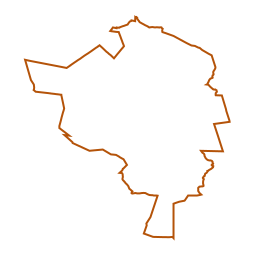 outline of Santo Domingo Zanatepec, Oaxaca, Mexico, rotated 89°
{"feature_id": "50627088B83008537786296", "entity_name": "Santo Domingo Zanatepec", "entity_type": "district", "adm_level": 2, "iso_a3": "MEX", "parent_name": "Mexico", "parent_adm1": "Oaxaca", "projection": "orthographic", "projection_center": [-94.338, 16.44], "detail": "fine", "context": "isolated", "style": "outline", "palette": "amber", "viewbox_px": 256, "rotation_deg": 89, "n_neighbors": 0, "source": "geoboundaries", "source_scale": "gbopen_adm2", "svg_char_len": 5428}
<svg xmlns="http://www.w3.org/2000/svg" viewBox="0 0 256 256"><g transform="rotate(89 128 128)"><path d="M237.3,104.8L237.7,95.3L237.9,88.7L237.7,85.5L238.9,84.4L204.5,83.8L204.3,83.2L203.6,81.2L202.6,78.0L201.7,72.9L201.6,72.7L201.3,72.4L196.6,69.1L196.7,60.1L196.2,57.1L195.9,55.9L194.2,57.7L193.9,57.9L193.3,58.2L192.7,58.7L192.1,58.9L191.5,58.9L191.3,58.8L190.0,58.9L189.0,58.8L188.8,58.6L188.4,58.1L187.9,57.6L187.7,55.7L187.7,54.6L187.6,54.2L187.4,53.6L187.2,53.5L186.6,53.5L184.9,53.9L183.8,53.9L182.5,53.8L181.3,53.5L180.6,53.1L180.2,53.2L180.0,53.4L179.8,53.6L179.7,53.8L179.4,54.0L179.0,54.0L178.6,53.7L178.1,53.3L177.6,53.0L177.6,52.6L177.2,52.1L176.4,52.0L175.0,51.6L174.8,51.3L174.6,50.9L174.3,50.3L173.9,50.0L173.3,49.5L172.9,49.4L172.3,49.4L172.2,48.5L171.6,48.0L170.2,45.4L169.6,44.7L168.8,43.7L167.7,43.4L167.6,43.6L167.3,43.7L167.1,44.0L167.2,44.4L167.0,44.7L166.6,45.0L166.4,45.0L166.0,44.6L165.9,44.3L165.8,44.1L165.6,43.8L165.3,43.6L165.0,43.5L164.8,43.7L164.4,44.0L163.9,44.1L163.4,44.0L163.2,44.1L162.7,44.4L162.3,44.8L162.1,45.4L161.9,45.8L161.8,46.4L161.9,47.2L161.6,48.1L161.5,48.6L161.2,49.0L160.7,49.8L160.0,50.4L159.3,51.0L158.2,51.5L157.2,52.0L156.7,52.0L155.8,52.1L155.4,52.4L155.0,52.6L154.7,53.0L154.4,53.4L154.1,53.9L153.8,54.2L153.4,54.4L152.9,54.8L152.5,54.9L152.4,55.2L152.1,55.4L153.0,33.5L137.1,38.3L125.5,41.9L123.6,26.3L122.2,26.5L112.7,29.4L110.9,29.7L97.1,33.6L96.8,39.7L96.6,39.8L96.2,39.8L95.4,39.7L95.2,39.7L94.9,39.7L94.7,39.7L94.2,39.3L94.0,39.1L93.8,38.9L93.7,38.8L93.5,38.6L93.3,38.5L93.1,38.5L92.8,38.7L92.6,38.8L92.3,38.8L92.1,38.8L91.9,38.8L91.7,39.1L91.0,40.1L91.1,40.7L91.1,41.4L90.7,42.0L90.7,42.4L89.9,43.2L89.6,43.5L89.3,43.9L88.9,44.3L88.6,44.6L88.3,45.0L88.0,45.2L87.4,45.8L86.8,46.3L86.3,46.7L86.0,47.2L85.9,47.4L85.9,47.8L86.0,47.9L85.9,48.6L85.5,47.9L85.3,47.7L85.1,47.5L84.8,47.4L84.5,47.4L84.2,47.2L83.8,47.1L83.5,46.8L83.1,46.6L82.9,46.5L82.5,46.4L81.8,46.1L81.5,45.9L81.1,45.7L80.9,45.5L80.6,45.2L80.2,44.9L80.1,44.6L79.8,44.1L79.7,43.6L79.4,42.9L79.3,42.6L79.2,42.5L78.8,42.6L78.7,42.7L78.4,42.8L77.5,42.7L77.1,42.4L76.8,42.4L76.6,42.2L76.4,41.8L75.9,41.5L75.5,41.5L75.2,41.6L74.9,41.7L74.6,41.8L74.3,41.8L73.9,41.8L73.6,41.8L72.9,41.6L72.1,41.0L71.6,40.7L70.9,40.2L70.4,40.0L69.9,39.7L68.7,39.5L56.8,43.1L55.3,45.9L51.3,52.5L49.1,55.0L48.9,56.2L47.1,59.7L46.6,63.1L44.1,67.9L38.8,77.3L36.8,80.8L35.2,85.0L33.8,88.7L33.6,89.3L32.7,91.9L31.8,92.1L31.1,92.1L30.7,92.0L29.9,91.8L29.4,91.6L28.9,92.3L28.0,92.8L27.9,94.3L28.1,94.9L27.9,95.9L27.8,97.2L27.8,97.9L27.9,98.9L27.9,99.2L27.8,100.1L27.7,100.6L27.5,101.7L27.5,102.4L27.6,103.0L27.7,104.3L27.8,104.4L27.8,104.6L27.7,104.9L27.8,105.0L27.7,105.3L27.6,105.5L27.4,105.7L27.3,105.9L27.0,106.1L26.8,106.5L26.7,106.7L26.7,106.8L26.4,107.2L25.8,108.5L25.5,109.1L24.6,110.6L23.6,112.4L23.3,112.9L22.4,114.4L21.7,115.0L21.3,115.1L21.0,115.4L19.9,116.2L18.9,116.9L18.1,116.8L17.1,117.7L17.1,118.0L17.5,118.7L17.4,118.8L21.3,119.0L20.5,122.5L20.9,122.5L21.6,124.4L22.1,124.8L22.6,125.2L23.1,125.6L24.6,126.6L24.7,127.0L25.6,129.7L25.9,130.5L26.1,131.4L27.4,135.1L27.5,135.1L27.5,136.1L27.5,136.4L27.4,137.1L27.3,137.6L28.0,137.7L27.8,138.9L27.6,139.5L27.2,141.3L28.7,142.4L30.7,144.0L30.9,143.2L31.1,142.1L31.1,141.9L31.4,139.9L31.6,138.7L31.7,137.9L31.9,135.6L33.7,135.0L33.9,134.9L35.6,134.3L35.8,134.2L37.9,133.5L38.2,133.4L40.7,132.5L41.2,132.3L42.3,132.0L44.3,131.2L44.9,131.0L46.1,130.6L47.6,131.8L48.2,132.4L53.0,136.5L53.3,136.8L58.1,140.8L54.8,144.1L53.6,145.7L53.5,145.8L52.3,147.0L51.4,148.2L47.6,152.0L44.8,155.0L45.4,155.8L45.9,156.6L46.0,156.6L46.6,157.5L47.1,158.4L50.8,163.8L52.7,166.7L53.1,167.3L53.4,167.9L54.5,169.6L54.7,170.0L56.1,172.0L56.7,172.9L58.0,174.7L59.1,176.6L60.7,179.0L61.4,180.1L64.4,184.6L64.5,184.6L64.6,184.8L66.9,188.3L65.3,195.7L59.5,223.3L58.9,226.0L58.0,229.7L78.4,224.2L82.9,221.4L85.9,221.1L88.2,221.4L88.4,221.6L90.1,219.7L91.8,206.6L91.9,206.2L92.0,205.3L92.0,205.1L92.1,204.9L92.2,204.2L92.4,202.6L92.5,202.2L92.5,201.7L92.9,199.2L93.0,198.4L93.0,198.1L93.1,197.8L93.2,196.7L93.5,195.1L93.6,194.1L93.9,194.1L103.6,192.2L107.4,191.5L109.8,192.2L110.3,192.4L111.5,192.8L114.6,193.7L115.3,193.9L115.9,194.1L118.2,194.7L119.7,195.1L121.1,195.5L124.9,196.6L126.9,196.6L134.6,186.9L134.0,191.6L141.2,183.8L142.1,183.6L150.1,166.9L149.1,153.6L154.1,145.5L154.4,142.6L154.7,140.4L156.6,137.2L156.9,137.0L157.7,135.6L158.4,134.5L158.5,134.2L159.2,133.0L164.9,129.7L168.5,133.4L168.7,133.9L169.1,134.0L169.6,134.1L170.0,134.4L170.5,134.8L170.9,135.1L171.1,135.4L171.4,135.7L172.7,137.2L172.8,136.4L172.8,136.0L172.8,135.6L172.9,134.9L173.2,134.7L173.6,134.4L174.0,134.2L174.8,134.1L175.6,134.1L176.5,134.0L177.0,134.0L177.7,134.2L178.5,134.4L179.3,134.4L180.2,133.8L180.8,133.2L181.2,132.8L181.6,132.6L182.0,132.1L182.6,131.7L183.3,131.3L183.8,130.6L184.5,130.0L184.8,129.7L185.6,129.1L186.3,128.6L187.0,128.4L187.8,128.1L188.8,127.7L189.4,126.9L189.9,126.4L190.3,125.9L190.8,125.4L191.4,124.7L192.0,125.2L192.7,125.5L193.2,125.6L193.4,125.4L193.6,124.8L193.5,124.0L193.3,122.9L193.2,122.1L193.2,121.4L193.3,121.0L193.5,120.2L193.6,119.1L193.6,117.8L193.5,116.8L193.3,115.7L193.2,113.8L193.3,112.0L193.7,111.1L194.3,110.1L194.7,109.3L195.0,108.6L195.3,107.9L195.4,107.4L195.6,105.6L195.6,104.7L196.0,103.3L196.0,102.4L196.0,101.8L196.0,101.0L196.0,100.7L196.2,99.6L217.5,107.1L223.8,111.3L225.7,111.0L233.8,114.0L237.3,104.8Z" fill="none" stroke="#b45309" stroke-width="2"/></g></svg>